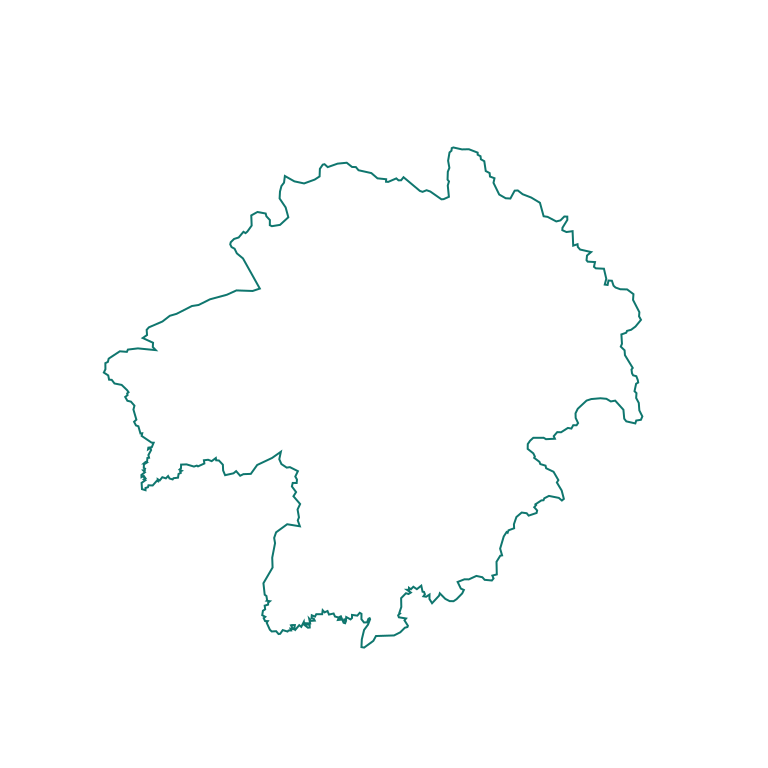 the district of Bhamo, Kachin, Myanmar, rotated 244°
{"feature_id": "60261553B27046412343024", "entity_name": "Bhamo", "entity_type": "district", "adm_level": 2, "iso_a3": "MMR", "parent_name": "Myanmar", "parent_adm1": "Kachin", "projection": "orthographic", "projection_center": [97.111, 24.269], "detail": "fine", "context": "isolated", "style": "outline", "palette": "teal", "viewbox_px": 768, "rotation_deg": 244, "n_neighbors": 0, "source": "geoboundaries", "source_scale": "gbopen_adm2", "svg_char_len": 6166}
<svg xmlns="http://www.w3.org/2000/svg" viewBox="0 0 768 768"><g transform="rotate(244 384 384)"><path d="M531.1,187.3L522.3,194.5L518.6,192.4L514.5,193.7L523.9,178.4L527.2,168.9L525.6,167.0L529.2,160.9L527.5,147.7L524.9,145.5L524.9,142.7L519.4,140.1L517.1,137.2L512.6,139.9L508.4,138.8L507.1,141.1L502.6,142.0L498.2,147.8L491.1,150.4L488.6,150.8L488.1,149.0L486.4,148.6L485.8,145.7L481.4,146.0L479.1,148.8L473.9,150.2L470.9,147.6L460.5,145.8L459.6,142.8L455.5,142.9L453.7,144.7L446.3,143.4L445.7,145.1L443.6,143.4L433.2,149.4L432.2,151.2L429.0,147.6L430.1,144.3L428.7,143.3L429.0,146.0L426.7,145.7L423.4,141.1L420.7,140.5L421.2,138.9L417.9,136.9L418.5,135.7L417.9,133.4L417.2,135.0L417.0,133.0L413.9,131.3L412.6,132.1L411.8,131.0L411.2,132.1L412.0,129.7L409.5,130.5L408.6,126.1L406.6,125.2L406.7,127.8L404.7,128.1L405.3,127.4L403.6,127.6L403.5,126.4L402.1,127.3L401.4,122.8L395.6,120.4L393.1,123.1L395.1,124.1L394.7,126.6L396.2,127.9L394.2,131.6L396.6,137.4L395.7,138.2L397.6,138.9L395.6,140.1L397.4,143.9L394.8,146.6L395.9,149.6L393.1,149.8L390.9,152.2L391.6,153.5L390.1,157.8L393.2,159.9L393.2,162.4L394.7,162.5L394.7,164.2L396.7,162.7L397.3,164.6L400.5,166.3L398.3,171.3L393.1,177.0L392.7,180.0L391.5,180.7L391.3,187.7L394.4,188.7L393.0,192.7L390.2,195.3L391.2,200.4L389.0,199.7L387.6,202.1L382.1,203.8L376.8,201.5L371.7,201.2L369.7,209.6L370.5,212.9L364.6,214.5L364.6,218.1L361.6,224.9L366.8,234.5L366.6,251.0L368.3,261.6L362.3,256.9L357.0,256.7L351.5,259.9L350.5,263.0L343.4,268.4L339.7,263.7L336.3,263.9L333.3,262.1L335.1,258.6L332.3,256.3L325.4,257.6L322.8,253.4L312.9,256.0L309.1,251.3L301.4,249.1L299.2,246.7L293.0,246.0L300.4,235.5L298.0,222.0L293.8,217.8L288.7,216.3L276.9,207.4L267.9,203.4L257.8,188.3L246.9,184.4L245.0,185.4L241.1,184.2L241.1,185.0L240.6,183.6L238.8,186.2L238.3,184.1L236.5,183.1L237.1,179.6L233.6,178.4L233.3,175.8L229.6,173.2L226.8,175.2L226.3,173.2L223.1,173.2L221.8,175.6L220.8,173.9L213.2,173.7L210.8,174.6L209.1,178.7L205.5,179.6L205.0,181.2L207.2,185.1L203.8,188.8L204.3,190.1L203.2,192.5L205.1,192.7L203.5,194.9L207.9,194.6L207.7,195.5L206.4,198.2L203.3,196.0L201.9,196.4L204.4,202.1L202.0,203.2L205.4,207.7L202.6,206.7L198.3,208.8L197.7,210.5L200.2,211.6L202.2,208.4L203.4,208.6L201.2,212.7L205.9,213.9L203.0,214.8L201.7,218.0L203.7,218.0L205.4,216.3L207.8,217.7L205.2,220.0L206.8,222.2L204.2,227.5L207.5,229.7L204.8,230.5L204.7,233.7L200.9,233.5L199.8,238.1L196.5,238.0L193.9,241.0L192.1,239.1L191.1,241.9L194.1,242.1L194.1,243.4L187.1,243.0L186.0,244.2L187.5,245.8L188.7,244.5L189.8,245.2L189.0,246.6L191.1,247.9L187.1,250.7L187.7,252.7L190.5,254.0L187.5,258.5L189.0,261.9L187.3,263.0L182.5,260.6L178.4,261.5L177.2,264.3L179.8,267.1L179.8,268.4L178.7,268.4L174.7,264.1L171.7,258.3L164.2,252.1L157.4,248.4L155.8,250.6L157.8,261.8L161.0,266.3L153.6,282.8L153.7,289.8L155.8,295.9L155.3,298.5L156.2,299.5L162.6,298.8L163.6,301.0L167.8,295.1L169.9,295.3L170.7,297.8L171.4,297.3L176.0,301.8L184.0,305.5L186.3,312.0L184.5,314.0L184.8,316.7L189.0,314.4L188.1,316.3L189.8,317.1L187.7,318.2L188.9,321.5L185.2,323.6L186.4,329.1L180.4,327.6L179.6,328.8L177.1,328.6L175.9,326.4L174.3,328.6L174.8,332.6L170.8,330.6L165.9,331.1L169.6,340.7L171.4,342.4L164.0,344.9L160.1,347.8L158.3,351.3L158.8,354.9L161.5,362.5L163.9,365.5L166.4,363.4L173.8,363.4L173.2,370.7L171.2,374.6L171.0,382.9L167.2,387.7L163.9,388.6L160.1,394.8L161.2,397.2L164.3,397.4L163.4,401.9L174.9,407.2L178.7,413.2L178.2,415.0L185.1,416.2L194.5,424.8L197.2,429.3L196.1,429.9L197.9,431.8L197.3,437.7L201.0,439.3L206.4,444.7L208.1,451.4L205.3,455.6L202.3,456.3L201.2,464.6L203.2,466.2L207.4,465.0L208.5,467.6L209.5,467.4L210.4,474.4L209.6,476.4L211.0,478.0L211.1,483.2L205.0,491.2L201.3,492.8L201.9,495.3L210.4,497.0L219.7,496.2L221.2,498.6L230.8,497.9L237.2,492.8L239.8,493.4L243.5,489.4L245.9,489.6L251.8,486.6L252.7,487.8L256.2,487.8L262.7,484.7L267.0,486.9L269.0,490.5L270.2,494.6L265.7,503.9L263.4,505.4L259.9,513.6L262.7,513.7L264.8,518.6L263.0,522.0L263.9,530.0L261.8,532.9L264.0,536.0L262.5,539.0L263.8,541.3L269.5,541.4L273.7,543.3L276.8,547.3L280.3,558.8L279.6,563.7L276.3,572.3L273.2,577.4L268.9,580.2L267.7,584.5L255.9,587.9L247.5,584.7L244.2,585.4L238.4,592.6L240.6,594.7L239.2,599.2L241.6,602.0L248.3,601.9L255.3,604.7L260.9,604.5L265.1,606.9L267.7,606.0L273.7,610.7L273.9,613.1L276.2,613.8L280.4,614.2L282.6,611.7L284.9,611.6L288.5,612.8L289.4,614.6L304.3,613.2L308.8,615.0L313.8,613.2L315.8,615.5L324.5,619.1L323.9,624.2L325.2,625.7L324.4,629.9L325.4,635.2L329.0,643.1L333.0,642.9L336.6,645.0L350.4,644.7L355.4,647.6L362.4,644.0L365.6,637.9L369.2,634.4L371.7,633.4L376.9,634.1L378.6,631.1L375.0,628.4L376.6,626.0L381.1,629.9L391.2,632.2L395.1,625.1L397.3,624.1L401.1,627.1L404.7,620.7L406.5,620.3L410.5,622.8L411.8,628.0L418.9,619.2L422.2,618.3L424.8,619.2L425.4,614.7L438.7,620.5L440.6,614.6L444.1,611.7L446.2,612.9L451.1,620.7L454.1,622.1L455.5,619.5L453.7,614.3L454.6,610.1L462.5,604.3L464.8,601.0L478.5,603.6L487.0,598.1L493.8,591.8L499.3,589.1L500.5,586.2L495.3,578.9L497.6,574.8L503.8,570.6L516.8,570.6L520.5,573.5L524.0,570.2L527.3,571.4L530.8,568.8L540.3,571.8L543.5,569.6L546.4,570.6L549.0,568.7L550.9,569.6L557.8,563.2L560.7,556.9L566.2,550.0L566.3,548.3L564.1,546.9L563.4,544.4L556.6,539.5L549.6,537.5L546.8,534.4L539.8,530.7L537.6,531.2L534.4,528.3L523.8,524.4L524.0,518.7L524.8,516.6L536.7,510.0L539.5,507.2L539.8,502.9L541.8,500.9L561.3,492.2L559.6,488.7L560.7,486.3L563.4,485.2L563.8,476.4L564.9,474.5L567.1,475.7L571.7,468.3L579.1,465.1L587.3,454.8L591.3,453.8L593.1,450.4L599.2,447.5L602.4,438.9L603.6,428.5L607.6,426.9L608.0,425.1L605.5,420.7L598.8,417.1L598.1,411.3L599.3,400.1L605.4,392.3L614.4,386.1L608.8,382.4L606.9,378.6L602.6,374.9L596.5,371.5L585.8,373.0L575.8,371.1L572.6,360.3L575.0,352.4L576.8,351.0L581.4,353.3L586.3,351.8L589.1,352.4L594.1,345.6L593.7,338.6L584.4,334.5L580.9,328.0L580.3,325.7L582.4,324.4L579.4,317.6L580.1,312.8L578.6,308.4L576.9,307.0L573.9,307.0L571.1,309.0L565.9,309.0L558.7,312.3L524.2,314.2L525.2,306.7L532.8,292.4L533.1,281.9L536.4,264.7L536.3,252.0L538.3,245.5L538.0,228.3L539.2,221.4L537.3,212.3L538.0,197.5L536.7,194.4L531.9,192.5L531.1,187.3Z" fill="none" stroke="#0f766e" stroke-width="2"/></g></svg>